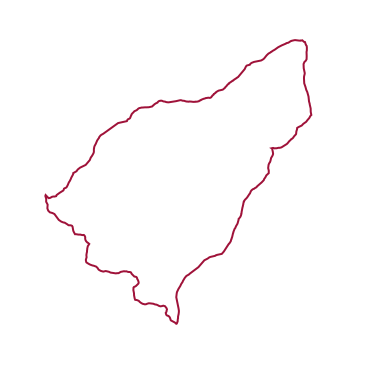 Santa Ana, San José, Costa Rica, rotated 257°
{"feature_id": "36466004B14800778897380", "entity_name": "Santa Ana", "entity_type": "district", "adm_level": 2, "iso_a3": "CRI", "parent_name": "Costa Rica", "parent_adm1": "San José", "projection": "mercator", "projection_center": [-84.193, 9.918], "detail": "fine", "context": "isolated", "style": "outline", "palette": "rose", "viewbox_px": 384, "rotation_deg": 257, "n_neighbors": 0, "source": "geoboundaries", "source_scale": "gbopen_adm2", "svg_char_len": 5994}
<svg xmlns="http://www.w3.org/2000/svg" viewBox="0 0 384 384"><g transform="rotate(257 192 192)"><path d="M221.9,48.7L221.1,48.2L218.1,48.4L215.3,47.7L212.2,48.5L208.6,47.4L206.2,47.7L204.2,48.9L202.9,51.3L201.5,53.0L194.8,55.9L192.5,58.0L191.2,59.9L190.8,61.0L188.5,63.3L187.4,64.2L187.0,65.8L186.5,66.9L186.0,67.5L185.1,67.8L180.9,67.6L179.8,67.8L177.2,68.5L176.9,69.7L176.0,71.9L175.7,73.4L174.7,75.4L174.5,76.9L174.3,77.1L173.3,77.6L172.0,77.8L170.5,77.4L169.2,77.4L168.0,77.7L166.4,78.6L165.9,79.2L164.5,80.2L163.9,79.6L162.7,78.3L160.4,77.2L159.6,77.0L158.7,76.6L157.2,76.2L156.3,75.7L154.3,74.9L152.1,74.6L150.0,73.4L149.1,73.2L147.4,73.2L147.1,73.3L145.2,75.2L144.1,76.5L142.8,78.5L142.3,79.6L140.8,81.9L139.0,83.0L137.7,83.4L137.1,83.8L135.7,85.3L134.8,86.9L134.4,87.7L134.4,90.1L134.0,91.0L132.9,93.2L131.8,94.5L129.8,99.6L129.8,100.8L129.5,101.6L129.5,102.4L130.2,104.6L130.1,108.0L129.7,108.8L129.5,110.2L128.7,111.4L128.3,112.3L128.0,113.5L127.4,114.4L126.9,114.6L126.4,114.6L125.5,115.0L122.6,116.8L121.9,118.4L121.5,118.8L120.5,119.1L119.5,119.1L119.0,119.3L117.8,119.6L116.1,119.7L115.3,119.5L114.7,119.0L113.0,116.2L112.7,115.3L112.5,114.1L112.0,113.5L109.6,112.8L106.4,112.7L104.3,112.3L100.8,112.2L99.7,112.4L99.2,113.8L98.2,115.3L97.7,115.8L96.7,116.3L95.3,117.5L94.2,118.7L93.1,120.9L93.0,122.2L93.2,123.1L93.3,124.9L92.9,126.2L91.8,129.2L90.8,130.6L90.2,132.1L89.4,133.2L88.6,134.0L87.7,135.5L87.6,137.1L87.7,138.4L86.8,140.0L84.4,141.1L83.2,141.2L82.2,140.6L81.3,140.3L80.3,139.5L80.1,139.2L78.2,139.3L77.4,139.8L76.9,140.4L76.6,141.1L75.5,141.9L74.1,142.3L72.1,142.4L71.6,142.6L68.9,145.7L67.4,147.0L67.2,147.0L67.1,147.3L67.5,147.8L68.7,148.5L68.9,148.8L71.4,149.6L72.1,150.0L73.5,150.3L75.7,151.3L75.8,151.4L78.0,152.2L79.2,152.5L81.7,152.7L93.0,153.0L96.4,154.2L97.8,154.8L100.6,157.0L103.0,159.4L104.8,160.8L106.5,162.6L107.4,163.2L110.0,165.7L111.5,167.7L112.3,170.4L113.0,171.6L117.3,181.3L122.7,188.7L123.6,192.3L124.4,194.1L124.5,194.8L124.6,195.1L124.6,199.9L124.7,200.1L124.7,200.6L125.0,201.1L125.0,201.9L125.1,202.1L125.0,207.1L126.8,209.6L133.3,216.3L133.3,216.6L134.0,217.4L135.3,218.7L136.7,219.4L137.5,220.1L137.8,220.1L139.1,221.0L142.6,222.7L143.0,223.1L143.5,223.2L146.5,225.2L147.1,226.0L148.8,227.2L150.9,229.2L154.2,231.0L155.3,231.4L155.4,231.7L157.0,233.6L158.1,234.4L159.4,235.1L159.7,235.1L159.8,235.3L161.5,235.9L165.8,237.8L166.2,238.1L167.6,238.7L168.5,239.2L169.7,239.6L170.1,240.0L170.9,240.2L171.1,240.6L171.4,240.6L171.7,240.9L172.7,242.1L173.6,243.6L174.7,245.0L175.3,245.5L175.7,246.1L176.8,247.1L177.5,248.1L179.4,249.4L180.2,250.3L180.9,251.6L181.2,252.7L181.2,253.3L181.7,254.3L182.1,255.8L182.9,256.8L185.8,262.2L187.4,264.6L188.5,265.3L189.7,266.7L191.5,268.2L193.1,271.0L195.5,271.6L198.2,271.6L201.2,272.7L202.0,273.2L203.3,274.3L203.4,274.6L204.6,275.4L207.3,276.7L209.4,278.7L210.9,279.6L213.2,279.8L216.4,279.8L216.7,279.5L216.7,280.9L215.9,282.4L215.8,283.4L215.6,284.3L215.6,286.4L215.4,286.9L215.3,288.3L215.4,289.3L217.4,295.1L218.0,296.1L219.8,298.4L220.3,299.5L220.9,300.1L221.4,301.5L222.0,302.6L223.3,304.0L224.8,306.2L225.2,306.5L227.5,307.3L229.4,308.4L230.8,308.9L231.3,310.4L232.1,313.9L233.4,315.8L234.7,319.0L236.2,320.8L237.7,322.9L239.4,324.4L239.9,325.0L240.2,325.6L243.3,325.7L246.7,326.4L250.8,326.4L251.3,326.5L254.0,326.4L258.8,327.0L263.5,326.8L265.8,326.3L268.9,326.2L272.6,325.8L277.7,326.7L279.4,327.2L281.6,328.3L282.5,328.6L287.5,328.7L291.6,329.5L293.4,330.8L294.4,332.5L295.6,333.5L298.6,334.3L302.7,335.1L304.0,335.7L306.8,336.4L308.5,336.6L309.3,336.2L309.7,336.2L310.3,336.0L312.7,335.8L313.1,334.9L315.0,333.6L315.0,332.0L315.2,331.9L315.3,330.8L316.8,326.7L316.9,325.8L316.9,323.0L316.8,322.9L316.8,322.2L315.8,319.5L315.8,317.4L315.5,317.0L314.7,312.5L313.7,308.6L312.0,304.5L311.3,302.1L310.7,300.9L310.7,300.4L310.3,299.8L309.7,297.7L308.4,295.5L306.1,292.6L305.4,291.5L304.9,290.0L304.6,288.9L304.8,281.7L304.4,279.1L304.1,278.4L303.7,277.6L303.0,277.0L302.9,273.9L302.6,273.3L301.7,272.4L299.9,271.0L293.6,262.7L293.5,262.1L293.1,261.4L293.1,261.1L292.8,260.6L292.0,258.3L291.7,257.9L291.5,257.2L291.3,257.1L291.2,256.3L291.0,256.1L290.7,255.1L290.4,254.6L290.1,253.6L289.9,253.3L289.7,252.6L289.4,252.5L289.4,252.1L289.0,251.7L288.6,250.8L287.3,249.2L286.6,248.0L285.9,247.3L285.7,246.7L285.0,245.5L284.8,244.8L284.8,240.7L284.1,238.4L283.7,237.9L283.7,237.5L283.2,237.0L283.1,236.6L282.6,235.7L282.6,235.3L282.0,234.9L281.4,233.6L281.1,233.4L280.5,232.5L280.0,232.1L279.7,231.1L279.7,230.4L280.2,229.2L280.4,226.3L280.2,225.6L280.2,224.2L279.8,221.9L279.7,221.8L279.7,221.4L279.5,221.2L279.5,220.8L279.3,220.5L279.3,219.8L278.9,219.2L278.9,217.0L279.1,216.4L279.1,215.7L279.3,215.5L279.3,214.4L279.8,212.7L280.4,211.2L280.6,210.1L280.8,209.8L280.8,208.7L281.1,208.2L281.2,207.5L281.8,206.2L282.6,204.9L283.1,203.3L283.8,202.2L284.1,201.2L284.1,196.8L284.6,189.7L284.7,189.0L285.4,187.1L286.1,186.1L286.7,184.5L287.6,183.3L287.7,183.1L287.8,183.0L287.9,182.1L288.1,181.7L288.0,180.2L287.6,179.3L286.9,178.5L286.9,178.2L286.7,177.9L286.5,176.7L285.9,175.1L285.0,173.7L285.0,173.4L284.3,172.4L284.3,169.1L284.8,166.3L285.0,165.7L285.2,164.4L285.4,162.8L285.6,162.2L285.6,159.4L285.2,158.2L284.5,157.2L284.1,156.2L283.7,154.2L283.4,153.6L282.8,152.9L282.2,151.8L281.2,150.5L280.4,150.1L279.9,149.6L278.1,148.4L277.7,147.9L277.4,146.9L277.2,145.8L276.6,145.1L275.8,144.6L275.7,144.5L275.8,135.5L268.7,118.6L268.1,116.5L267.6,115.5L266.2,113.8L265.7,113.6L265.0,112.8L264.2,111.9L263.4,111.1L260.5,109.0L258.7,107.4L257.5,106.7L256.3,106.3L256.1,106.1L253.1,105.4L252.6,105.1L251.9,104.7L249.9,102.9L248.3,101.1L246.1,99.6L242.3,94.5L240.9,88.4L239.6,85.7L238.2,84.1L237.1,80.5L236.5,80.4L235.7,79.9L233.0,77.5L232.3,77.1L230.2,75.4L229.1,74.2L226.6,72.4L224.9,70.9L224.6,70.4L224.2,68.4L224.0,68.0L222.9,67.4L222.4,66.9L221.0,62.9L219.5,59.4L218.5,58.7L218.5,56.9L218.8,55.7L218.8,54.5L218.2,52.6L218.2,51.1L219.2,50.3L221.9,48.7Z" fill="none" stroke="#9f1239" stroke-width="2"/></g></svg>